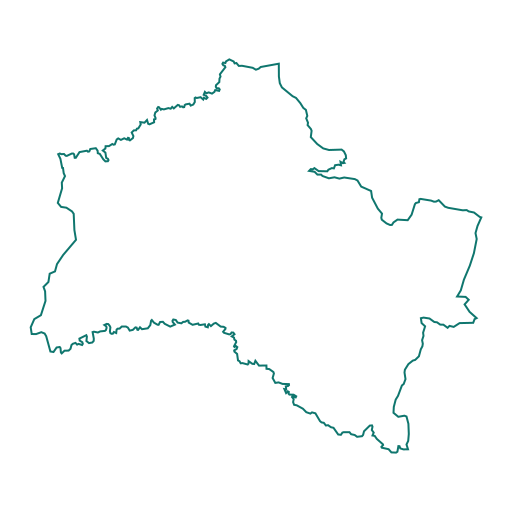 outline of Niangara, Orientale, Democratic Republic of the Congo
{"feature_id": "63176286B33291186627226", "entity_name": "Niangara", "entity_type": "district", "adm_level": 2, "iso_a3": "COD", "parent_name": "Democratic Republic of the Congo", "parent_adm1": "Orientale", "projection": "mercator", "projection_center": [27.865, 3.502], "detail": "fine", "context": "isolated", "style": "outline", "palette": "teal", "viewbox_px": 512, "rotation_deg": 0, "n_neighbors": 0, "source": "geoboundaries", "source_scale": "gbopen_adm2", "svg_char_len": 5961}
<svg xmlns="http://www.w3.org/2000/svg" viewBox="0 0 512 512"><path d="M58.2,154.2L60.4,158.8L62.2,167.9L63.0,168.0L63.7,173.2L65.0,176.1L61.8,182.6L62.1,188.3L57.8,202.9L61.1,206.9L66.4,207.7L72.0,211.4L73.7,213.8L74.4,230.1L76.0,239.8L63.2,254.9L57.0,264.1L55.0,271.4L49.7,273.7L48.4,282.0L43.5,286.9L45.1,291.3L45.5,300.9L40.9,315.2L34.3,319.1L30.7,327.3L31.7,334.0L36.0,334.1L41.3,332.2L44.6,333.5L46.2,336.2L50.4,351.5L53.5,352.0L56.6,347.5L59.7,347.0L60.5,348.1L60.9,352.5L61.7,353.4L64.5,350.7L68.6,350.6L70.5,348.8L71.5,345.0L72.8,343.8L75.5,342.9L77.1,344.6L78.6,343.9L82.1,345.0L82.8,343.8L82.3,342.2L79.7,340.6L79.4,338.6L86.3,335.2L86.9,336.6L86.4,341.0L89.0,343.1L92.3,342.5L93.7,340.9L93.8,338.6L92.6,332.1L93.9,331.7L97.9,332.5L100.2,331.4L104.9,330.9L105.9,330.1L106.6,327.9L106.3,326.4L104.4,325.0L106.7,323.9L108.3,324.1L109.6,325.7L110.4,327.3L109.9,331.4L110.4,333.1L111.5,333.8L112.8,333.7L113.9,332.0L116.2,333.0L116.6,329.6L117.6,328.7L119.6,328.6L121.8,326.5L125.9,326.5L127.9,327.6L129.7,330.6L132.8,329.9L135.4,327.4L136.6,327.6L137.4,329.8L138.1,329.9L140.0,327.3L142.0,329.2L147.8,328.3L150.3,325.1L151.1,320.7L151.8,320.0L154.0,322.7L157.5,324.7L158.6,324.8L160.1,322.0L162.9,321.8L164.7,323.8L170.2,326.6L174.9,324.6L172.7,322.0L172.5,320.8L173.3,319.5L175.8,320.0L177.6,322.6L181.4,323.3L183.1,321.9L185.0,321.8L187.6,320.4L188.5,320.7L188.7,322.6L192.6,324.8L198.2,323.5L198.8,324.7L200.4,325.0L204.9,324.3L205.4,326.6L207.8,327.3L208.1,324.9L208.9,324.1L210.9,326.1L213.8,323.6L215.8,322.9L220.7,326.6L223.6,326.8L225.5,327.9L225.5,328.8L223.1,331.8L224.0,332.8L229.2,334.4L230.5,334.1L231.6,332.5L233.3,332.6L234.5,334.2L231.8,336.4L234.0,337.6L234.4,339.6L236.0,340.8L236.2,342.1L234.0,346.3L234.5,347.0L236.0,346.1L237.3,347.1L236.6,349.0L234.2,350.4L234.4,351.6L237.1,353.9L238.0,360.4L239.5,361.2L240.7,363.3L242.5,363.1L247.7,364.5L248.5,363.6L248.6,361.1L252.3,363.8L254.2,364.0L255.4,360.8L259.0,365.6L266.4,365.5L266.5,368.8L269.3,369.1L273.4,372.0L273.9,373.5L272.6,378.0L275.3,382.9L278.6,382.4L282.5,383.9L288.9,384.1L289.0,385.1L288.0,386.0L285.8,386.4L286.2,389.5L284.4,389.1L286.1,393.1L287.9,391.4L288.8,391.9L288.6,393.7L289.4,394.6L293.6,394.7L296.2,396.3L295.7,397.4L292.5,396.3L292.0,397.0L293.7,399.1L293.1,402.1L294.1,404.8L296.7,405.3L302.9,408.7L306.3,412.2L310.4,413.6L312.0,412.4L315.4,413.3L320.0,421.1L321.5,422.4L323.8,422.8L325.9,425.5L328.1,425.2L330.9,427.2L333.5,427.8L338.2,434.5L340.9,434.8L342.4,432.6L343.6,432.2L349.5,432.2L351.1,434.2L354.7,435.0L357.1,436.8L362.0,436.2L363.1,434.9L364.0,431.3L369.8,425.6L372.0,425.4L372.5,426.7L371.8,430.0L373.7,432.6L372.5,435.5L374.7,435.9L376.8,438.9L382.9,444.3L383.1,445.0L381.4,446.9L381.8,447.7L388.6,449.2L391.4,452.4L396.1,452.6L397.4,451.7L398.4,446.1L399.5,446.2L400.3,448.4L403.5,449.4L408.0,449.3L406.5,444.5L408.2,440.9L408.8,434.0L408.4,423.8L406.5,416.5L404.4,415.7L398.3,416.8L393.5,412.8L393.8,406.9L395.7,399.6L398.0,395.9L401.9,385.5L403.7,384.0L405.5,379.1L404.5,372.5L404.9,369.7L408.4,364.1L412.8,360.6L415.2,359.9L418.9,356.3L420.8,349.3L422.4,346.3L422.8,343.7L422.1,340.2L423.5,335.9L423.1,332.7L425.1,326.3L421.6,323.1L420.9,318.2L423.6,317.6L429.5,318.5L434.3,322.0L437.0,322.3L440.2,324.6L443.4,324.7L447.6,327.8L449.5,325.9L453.7,326.9L459.6,323.1L473.2,322.8L474.6,319.1L476.6,318.1L469.6,311.9L464.6,304.4L468.7,299.8L465.6,296.9L457.1,296.5L460.8,290.4L463.9,279.7L469.8,265.7L473.9,253.2L476.7,239.0L475.5,233.1L477.5,226.0L481.3,217.4L479.7,216.9L474.0,212.5L468.7,211.4L466.7,210.1L462.7,210.3L448.2,207.8L444.9,206.6L438.7,200.2L436.0,201.6L434.0,201.7L431.1,200.6L420.6,198.9L419.4,199.2L418.9,202.2L415.9,203.0L414.9,204.2L411.6,214.7L407.7,220.2L397.5,219.6L393.5,222.4L391.9,224.9L390.1,225.0L386.5,223.4L381.8,219.7L381.3,217.8L382.0,213.6L377.8,208.6L372.1,197.7L371.1,191.0L361.2,186.6L357.5,180.5L354.8,179.1L344.2,177.5L339.4,178.6L334.5,177.3L328.9,178.3L322.5,176.0L321.1,174.6L317.4,174.6L314.6,171.8L309.1,170.9L310.8,169.1L312.8,169.3L314.4,168.1L318.6,171.1L327.3,171.3L328.4,169.7L331.8,168.1L333.9,168.4L335.1,165.2L338.5,164.7L341.0,165.3L340.5,161.8L342.8,163.2L344.4,162.9L343.5,161.9L344.4,159.3L346.1,158.4L345.8,155.2L343.9,151.4L341.6,149.6L329.0,150.0L323.2,148.4L317.2,144.0L310.8,137.1L311.6,130.8L310.9,129.0L307.6,125.1L308.0,122.7L306.2,118.3L307.3,115.9L305.9,109.9L303.3,107.9L300.3,103.1L296.0,97.9L292.6,96.2L281.9,87.4L279.8,83.2L278.9,76.5L278.8,63.7L260.7,67.0L258.7,68.7L255.9,69.7L252.7,67.8L242.1,65.8L238.8,65.9L236.4,63.0L234.6,63.4L233.7,61.5L229.3,59.4L226.0,61.4L225.4,63.0L223.1,62.6L222.4,63.9L223.3,65.3L224.8,65.8L225.4,67.2L219.9,74.3L220.5,76.6L219.5,78.6L219.3,82.1L216.0,85.2L215.8,86.8L216.6,88.2L218.8,88.3L219.7,89.4L219.1,90.9L215.2,90.1L214.4,91.9L212.0,93.6L208.7,92.4L206.3,93.3L204.9,91.9L203.7,94.8L206.3,96.0L207.5,97.6L206.2,98.9L203.9,97.8L203.2,99.5L200.6,97.2L196.8,98.0L195.5,97.5L194.7,98.1L194.8,102.0L193.3,104.5L190.7,105.6L189.5,103.7L185.7,104.4L184.7,105.1L184.2,107.1L183.1,107.3L182.0,106.4L180.1,106.8L179.1,105.3L177.8,104.9L173.8,108.4L172.2,106.9L170.7,108.7L168.4,108.1L163.9,109.4L161.7,108.9L160.9,109.7L159.1,107.3L158.2,107.0L157.1,108.5L157.8,110.5L155.3,112.5L154.5,115.4L155.6,118.1L155.4,119.1L154.0,119.4L154.1,122.3L149.5,124.3L148.2,123.8L147.0,120.0L144.5,122.7L140.3,122.1L140.7,124.5L138.3,128.4L136.9,128.7L136.1,130.3L133.8,130.4L131.7,132.5L133.4,136.1L132.9,138.1L129.9,140.4L129.2,140.1L128.8,138.0L128.0,137.8L127.0,139.6L124.2,138.3L120.9,139.9L118.2,138.4L116.7,139.5L114.8,144.4L113.5,144.7L112.3,144.0L109.0,146.1L105.6,146.2L105.4,148.5L102.8,150.5L105.4,152.6L106.2,157.9L107.9,158.8L108.5,160.1L107.9,161.2L105.4,161.4L103.3,159.3L99.8,153.9L97.8,153.2L97.6,150.7L95.8,148.2L90.3,149.0L89.3,151.4L88.0,151.7L86.9,150.7L79.5,152.1L75.8,157.8L74.7,157.8L74.1,154.3L73.2,153.5L71.9,153.5L66.8,155.9L65.6,155.7L64.0,154.0L61.4,154.2L59.8,153.5L58.2,154.2Z" fill="none" stroke="#0f766e" stroke-width="2"/></svg>